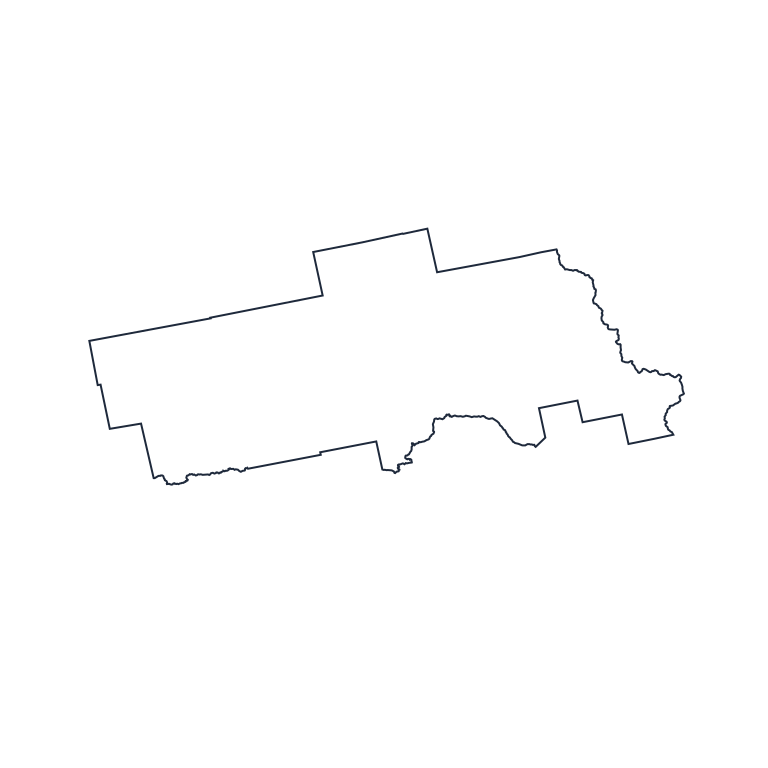 the district of 25 de Mayo, Buenos Aires, Argentina, rotated 35°
{"feature_id": "61730980B17361655515044", "entity_name": "25 de Mayo", "entity_type": "district", "adm_level": 2, "iso_a3": "ARG", "parent_name": "Argentina", "parent_adm1": "Buenos Aires", "projection": "robinson", "projection_center": [-59.976, -35.554], "detail": "fine", "context": "isolated", "style": "outline", "palette": "slate", "viewbox_px": 768, "rotation_deg": 35, "n_neighbors": 0, "source": "geoboundaries", "source_scale": "gbopen_adm2", "svg_char_len": 6165}
<svg xmlns="http://www.w3.org/2000/svg" viewBox="0 0 768 768"><g transform="rotate(35 384 384)"><path d="M544.3,348.5L546.9,335.4L524.8,314.9L552.0,286.6L568.6,301.4L596.4,272.5L618.7,292.9L636.9,273.8L650.1,259.6L647.4,258.3L645.8,258.6L644.6,258.2L643.3,258.4L642.4,258.0L641.1,256.7L638.9,256.6L637.8,255.8L637.5,255.3L637.9,253.5L637.5,253.0L636.9,252.8L634.9,252.9L634.5,252.7L634.1,252.4L633.7,251.0L632.6,249.9L632.6,247.8L631.9,247.1L631.8,246.6L632.0,244.6L631.3,243.6L630.9,242.1L631.0,241.4L631.7,240.0L631.5,239.0L630.8,238.4L630.8,238.0L633.0,235.9L634.0,232.9L634.8,232.1L635.7,230.5L635.7,229.7L636.3,228.4L636.3,227.6L636.0,227.1L634.0,225.8L633.3,224.7L633.3,223.8L635.1,220.7L635.2,219.9L632.7,218.2L631.0,216.5L630.1,215.1L628.5,213.8L626.6,212.5L624.6,211.9L624.1,211.5L623.7,210.2L623.8,208.6L623.2,207.5L620.8,207.1L620.0,207.4L619.0,211.1L618.0,211.9L617.0,212.1L616.2,211.8L615.1,212.3L614.4,212.1L613.3,212.5L612.6,212.0L612.0,211.9L611.1,212.4L609.0,214.5L608.1,216.2L605.8,217.2L605.0,217.9L603.1,218.0L602.4,217.8L601.0,216.7L598.4,217.1L597.9,217.4L597.5,218.7L596.2,219.7L595.9,221.0L595.4,221.6L594.4,221.9L590.1,222.0L588.0,222.6L587.3,223.5L587.7,225.1L587.7,226.0L587.1,227.0L587.0,228.3L586.2,228.7L585.4,228.7L584.2,227.9L581.6,227.4L580.1,226.6L578.8,225.6L575.8,225.1L575.3,224.9L574.6,223.1L574.2,223.0L573.1,223.6L571.7,226.3L569.1,227.8L567.9,228.0L566.6,228.5L565.5,228.4L564.9,227.7L564.1,225.8L562.5,225.0L561.3,223.4L559.6,222.9L559.0,221.6L558.7,220.3L556.8,218.3L555.4,216.2L554.7,215.9L553.5,216.9L552.2,217.2L550.0,216.6L549.7,216.3L549.7,215.8L550.8,213.5L550.6,212.6L550.0,211.8L549.4,211.5L548.4,209.6L546.9,209.4L546.4,209.0L544.9,206.0L544.3,205.5L543.2,205.7L541.6,207.4L537.6,209.8L536.6,210.2L535.9,210.1L534.8,209.3L534.2,207.8L533.4,207.3L532.4,207.5L530.9,208.3L529.0,208.5L528.3,207.6L525.9,207.0L524.3,205.3L523.6,203.8L523.6,202.5L523.2,201.9L522.6,201.7L522.3,201.2L521.7,201.0L521.5,199.7L520.9,198.6L519.8,198.5L519.1,198.1L518.1,197.9L516.2,198.2L515.0,197.3L513.2,197.2L512.2,196.8L510.2,197.3L509.7,197.6L509.2,197.4L507.0,195.4L506.6,193.5L506.3,189.9L504.8,188.0L504.8,187.5L503.9,185.8L503.1,185.1L501.7,185.4L500.7,184.4L499.6,184.0L499.1,183.1L496.6,180.9L495.8,179.0L495.4,179.0L495.0,179.2L494.5,178.7L494.0,178.7L493.4,178.3L492.6,178.7L491.0,178.6L490.7,178.1L489.1,177.5L488.0,178.2L486.9,179.4L486.2,179.6L485.6,179.4L485.0,178.8L483.9,178.8L481.9,179.6L481.1,179.2L478.9,180.4L478.2,180.2L477.5,180.4L477.1,180.0L476.7,180.0L474.8,181.3L473.9,182.8L472.1,183.2L470.9,184.1L468.0,185.1L466.7,186.3L464.0,185.2L463.4,185.4L462.1,184.7L460.7,185.0L459.6,184.7L459.1,184.1L457.9,183.5L457.3,182.6L455.5,181.3L454.2,178.5L453.7,178.1L451.8,177.9L449.8,176.5L449.2,175.4L448.1,174.8L437.1,186.0L422.2,202.3L363.4,262.0L330.4,231.9L313.5,250.1L312.9,250.1L285.0,280.4L250.3,316.5L283.0,346.7L203.7,429.3L204.3,429.7L117.9,517.7L150.1,549.1L152.2,547.1L185.1,578.0L207.7,555.8L249.3,593.2L250.2,592.6L251.8,589.0L252.3,588.3L253.4,587.6L253.7,586.8L255.1,586.0L256.1,586.1L258.2,587.7L259.1,587.8L259.7,588.5L261.5,588.3L262.6,588.9L263.2,589.4L263.2,590.2L263.6,590.5L265.5,588.9L266.5,588.8L267.8,588.2L268.4,587.5L268.5,586.3L269.3,585.5L270.1,585.7L270.7,585.1L271.2,585.1L272.0,584.2L273.1,583.9L273.8,582.6L275.0,581.4L275.1,581.0L276.5,579.9L276.5,579.3L277.5,578.0L277.2,577.2L277.9,576.6L278.4,575.7L278.2,575.0L277.2,574.9L275.8,574.1L275.2,572.3L275.3,571.9L276.2,571.0L276.6,569.3L277.4,569.1L277.9,568.3L278.6,567.8L279.8,567.9L280.4,567.0L282.3,566.9L283.1,565.9L283.2,565.2L283.5,564.6L284.6,564.1L285.8,563.0L287.6,562.4L291.5,559.2L292.1,558.9L293.0,558.8L293.4,558.1L293.5,556.3L294.4,555.2L294.8,554.9L296.4,554.7L297.4,553.4L297.3,552.8L297.6,552.4L298.6,551.9L299.7,552.1L300.2,551.8L300.5,550.6L301.2,550.3L301.2,549.3L302.0,548.4L302.3,547.6L302.1,547.2L303.5,546.9L304.1,545.8L305.1,545.2L305.7,544.2L306.0,543.0L305.4,542.6L306.2,541.4L307.4,541.4L309.3,539.9L310.8,540.0L311.5,538.9L313.5,538.0L315.5,538.3L317.1,538.0L318.0,536.2L319.5,534.8L319.5,534.3L318.8,533.2L318.9,532.3L320.1,531.7L320.1,531.1L321.2,531.4L372.8,478.3L370.9,476.5L410.6,435.5L431.7,455.0L433.2,454.5L433.7,453.9L435.7,453.0L436.3,452.4L439.9,450.3L442.3,450.0L443.6,450.8L444.2,450.6L444.6,448.6L446.0,447.2L446.0,446.8L445.4,446.0L445.8,445.3L445.5,445.1L444.2,445.3L443.7,445.1L443.4,444.8L443.9,443.3L443.3,442.9L442.4,443.0L442.0,442.5L441.9,442.1L442.2,441.5L443.5,440.4L444.8,438.4L445.3,438.1L446.8,438.0L447.2,436.3L448.3,435.9L449.9,434.1L451.8,432.4L451.7,432.1L450.6,431.3L450.0,430.5L449.1,430.3L448.7,430.4L448.4,431.2L447.8,430.9L447.1,431.2L446.5,431.7L446.4,432.2L445.9,432.4L444.2,432.5L443.7,432.3L442.9,430.8L443.0,430.0L443.9,429.4L444.2,428.9L444.4,427.7L444.8,427.3L444.5,424.4L444.7,423.3L444.2,421.8L442.7,419.7L442.8,419.0L442.7,418.1L441.0,416.8L440.9,416.5L441.6,416.0L443.0,416.0L443.5,416.5L444.1,416.6L444.5,414.5L446.1,412.6L445.8,411.8L445.9,411.4L447.5,410.6L448.4,409.4L449.9,407.9L450.7,406.3L450.8,405.8L452.3,403.8L452.5,402.7L452.1,401.5L452.0,400.4L452.4,399.5L452.1,398.5L453.0,396.3L452.6,394.6L452.3,394.3L451.4,394.4L451.0,394.1L449.4,391.2L447.1,388.9L446.5,386.1L445.5,384.2L445.6,383.4L446.5,382.3L448.0,382.0L448.5,381.5L449.2,380.3L452.1,379.3L452.9,377.4L452.6,376.3L453.3,374.3L452.8,373.6L452.9,373.1L454.0,372.6L454.6,371.6L455.5,371.9L456.1,372.7L456.6,372.7L456.8,372.0L458.1,372.2L458.4,372.0L459.1,370.5L460.1,369.2L460.9,368.9L461.8,368.8L463.6,367.8L465.2,366.4L467.4,365.6L468.8,364.0L469.1,363.2L469.7,362.8L472.8,361.4L474.9,360.8L476.4,358.9L478.1,358.0L479.3,357.1L480.1,356.0L481.9,355.6L482.8,354.1L483.8,353.2L485.6,353.0L486.7,353.3L489.6,352.6L490.4,352.1L491.3,351.0L492.5,349.9L498.1,349.7L500.7,350.1L502.8,351.3L504.9,351.4L506.2,352.0L506.8,352.0L508.1,352.7L509.8,352.4L511.3,353.5L511.8,353.4L512.9,354.3L514.3,354.5L515.3,355.3L517.0,355.7L517.7,355.6L519.2,356.2L521.3,356.6L522.6,357.3L523.1,357.3L523.8,357.1L525.2,357.2L528.4,355.9L532.4,355.0L534.9,353.3L536.0,351.0L537.7,349.8L538.6,349.6L539.8,348.7L540.7,348.6L542.0,347.6L543.2,348.4L544.3,348.5Z" fill="none" stroke="#1e293b" stroke-width="2"/></g></svg>